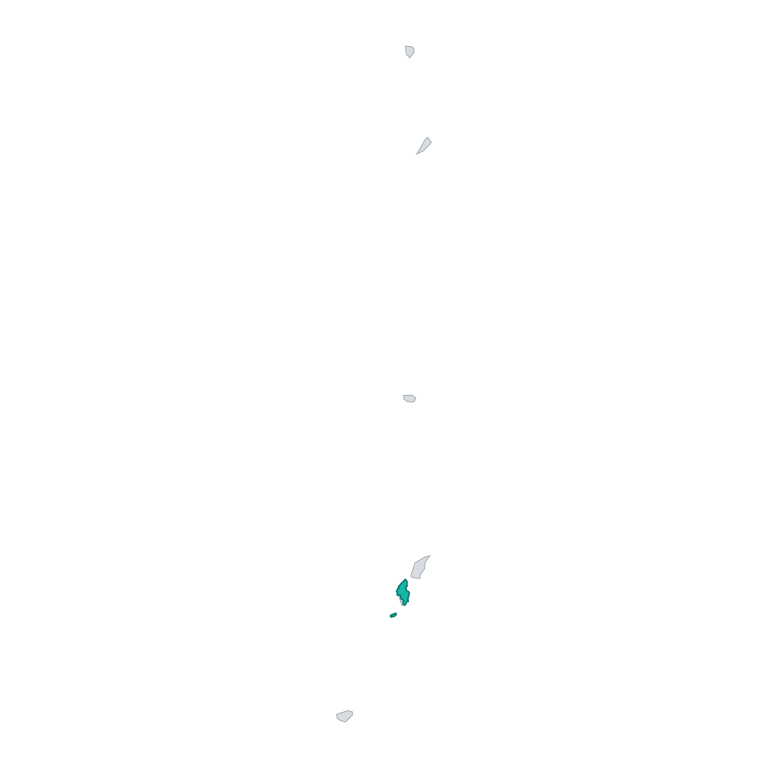 location of Tinian, Tinian, Northern Mariana Islands
{"feature_id": "39175420B24162802066299", "entity_name": "Tinian", "entity_type": "district", "adm_level": 2, "iso_a3": "MNP", "parent_name": "Northern Mariana Islands", "parent_adm1": "Tinian", "projection": "albers", "projection_center": [145.616, 14.971], "detail": "fine", "context": "in_parent", "style": "filled", "palette": "teal", "viewbox_px": 768, "rotation_deg": 0, "n_neighbors": 0, "source": "geoboundaries", "source_scale": "gbopen_adm2", "svg_char_len": 3877}
<svg xmlns="http://www.w3.org/2000/svg" viewBox="0 0 768 768"><path d="M420.3,574.8L419.9,578.5L412.8,577.6L410.8,576.0L414.9,563.0L425.0,557.0L430.0,555.7L425.3,561.9L424.5,568.8L420.3,574.8ZM407.8,598.2L402.0,605.6L398.0,594.1L397.3,589.5L402.6,585.3L405.7,585.4L407.8,598.2ZM352.3,715.2L345.4,721.9L340.4,720.5L337.3,718.2L336.6,714.4L347.8,710.7L352.4,712.0L352.3,715.2ZM423.5,150.7L416.9,153.9L425.1,139.7L427.6,137.2L431.4,142.4L423.5,150.7ZM414.0,52.4L409.8,57.8L406.3,53.9L405.4,46.1L411.5,46.8L413.7,48.4L414.0,52.4ZM414.6,401.1L411.6,402.1L407.2,401.6L404.1,399.3L403.4,395.5L412.3,395.3L415.7,398.1L414.6,401.1Z" fill="#d9dde1" stroke="#a8b0b8" stroke-width="1"/><path d="M396.6,591.4L396.6,591.7L396.7,591.8L396.8,591.9L396.9,592.0L397.0,592.0L397.3,592.2L397.5,592.3L397.5,592.5L397.5,592.8L397.3,593.1L397.2,593.6L397.2,593.8L397.0,594.3L397.0,594.6L397.1,594.8L397.3,594.9L397.5,594.9L397.6,595.0L397.8,595.3L398.1,595.4L398.4,595.4L398.6,595.4L398.8,595.4L399.0,595.2L399.5,595.1L399.8,595.1L400.3,595.3L400.4,595.6L400.5,596.1L400.5,596.3L400.8,596.5L400.8,596.9L400.8,597.1L400.8,597.4L400.7,597.6L400.7,597.8L400.8,598.4L400.9,598.6L401.0,598.8L401.4,599.3L401.6,599.5L402.2,599.5L402.8,599.5L402.9,599.8L403.2,600.1L403.3,600.3L403.3,600.5L403.5,600.6L403.6,600.8L403.4,601.5L403.2,601.8L403.1,602.5L403.3,602.8L403.2,602.9L403.3,603.0L403.2,603.2L403.2,603.5L403.4,604.0L403.4,604.4L403.6,604.8L403.9,605.0L404.0,605.1L404.6,605.1L404.9,605.0L405.4,604.6L405.7,604.1L405.8,603.8L406.1,603.3L406.4,603.0L406.4,602.9L406.4,602.7L406.3,602.4L406.6,602.1L406.7,601.9L406.9,601.8L407.0,601.7L407.3,601.4L407.5,601.3L408.1,601.5L408.2,601.4L408.3,601.4L408.4,601.2L408.1,600.8L408.1,600.7L407.9,600.4L407.8,600.2L407.7,600.0L407.7,599.9L407.8,599.6L407.8,599.3L407.8,599.1L407.8,598.9L408.0,598.6L408.1,598.4L408.3,598.1L408.2,597.9L408.2,597.7L408.0,597.3L408.1,597.2L408.4,596.9L408.5,596.8L408.6,596.5L408.6,596.2L408.8,595.8L408.8,595.5L408.9,595.0L408.9,594.7L409.0,594.6L409.1,594.4L409.1,594.0L409.2,593.9L409.3,593.4L409.4,593.0L409.2,592.8L409.0,592.6L409.0,592.3L408.6,591.6L408.3,591.4L408.1,591.3L407.8,591.3L407.4,591.4L407.1,591.3L406.9,591.0L406.8,590.9L406.6,590.6L406.5,590.1L406.4,590.0L406.2,589.6L406.1,589.4L405.9,589.1L405.7,588.3L405.8,588.1L405.7,588.0L405.7,587.5L405.8,587.2L406.0,587.2L406.3,586.8L406.4,586.7L406.9,586.3L406.9,586.2L407.2,585.9L407.4,585.6L407.3,585.4L407.2,585.1L406.9,584.9L406.8,584.2L406.8,583.8L406.9,583.7L406.9,583.2L407.0,582.8L407.1,582.2L407.0,581.9L406.9,581.4L406.7,581.0L406.5,580.7L406.1,580.2L405.8,579.8L405.4,579.4L405.1,579.5L404.9,579.7L404.7,579.9L404.3,580.4L404.0,580.7L403.7,581.1L403.6,581.4L403.3,581.6L403.2,581.6L402.8,581.9L402.7,582.1L402.3,582.6L401.9,582.9L401.6,583.0L401.4,583.3L401.4,583.5L401.1,583.9L400.9,583.9L400.6,584.3L400.0,585.1L399.5,585.5L399.3,585.8L399.1,586.0L398.9,586.1L398.7,586.2L398.6,586.3L398.6,586.5L398.8,586.6L399.0,586.6L399.0,586.8L398.8,587.1L398.7,587.5L398.8,587.6L398.7,588.1L398.5,588.4L398.4,588.4L398.4,588.5L398.2,588.5L397.8,588.6L397.7,588.6L397.5,588.9L397.4,589.2L397.4,589.4L397.3,589.6L397.1,590.2L397.0,590.3L396.9,590.6L396.9,590.8L396.8,591.0L396.7,591.2L396.6,591.3L396.6,591.4ZM390.4,616.2L390.4,616.4L390.7,616.8L390.8,616.8L391.2,616.9L391.5,617.0L391.6,616.9L391.9,616.9L392.1,616.8L392.2,616.7L392.4,616.7L392.5,616.6L392.8,616.6L393.0,616.5L393.2,616.4L393.4,616.4L393.8,616.5L394.3,616.3L395.3,615.5L395.5,615.3L395.6,615.2L395.8,615.1L396.0,614.9L396.1,614.7L396.1,614.3L396.1,614.2L396.1,613.6L396.0,613.4L395.5,613.2L395.4,613.2L395.3,613.3L395.1,613.4L394.9,613.5L394.6,613.5L394.4,613.6L394.3,613.8L394.1,613.9L393.8,614.0L393.1,614.2L392.9,614.3L392.5,614.5L392.2,614.7L391.8,614.7L391.5,614.8L391.3,614.9L391.2,615.0L390.9,615.1L390.6,615.6L390.4,615.9L390.4,616.2Z" fill="#14b8a6" stroke="#0f766e" stroke-width="1.5"/></svg>